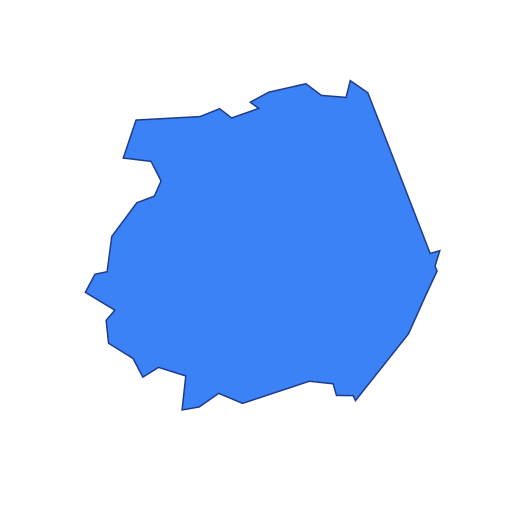 Union, Tennessee, United States of America, rotated 247°
{"feature_id": "52423323B38749584273521", "entity_name": "Union", "entity_type": "district", "adm_level": 2, "iso_a3": "USA", "parent_name": "United States of America", "parent_adm1": "Tennessee", "projection": "natural_earth1", "projection_center": [-83.834, 36.298], "detail": "fine", "context": "isolated", "style": "filled", "palette": "blue", "viewbox_px": 512, "rotation_deg": 247, "n_neighbors": 0, "source": "geoboundaries", "source_scale": "gbopen_adm2", "svg_char_len": 704}
<svg xmlns="http://www.w3.org/2000/svg" viewBox="0 0 512 512"><g transform="rotate(247 256 256)"><path d="M89.5,290.9L84.0,291.0L124.8,366.0L152.3,395.6L171.4,416.8L176.7,416.8L189.1,427.3L190.3,417.3L307.9,421.1L362.5,422.7L380.6,411.3L366.8,400.9L378.3,378.9L395.1,369.2L401.8,331.9L399.8,310.8L390.8,316.1L392.6,287.4L405.8,280.1L406.2,259.0L428.0,198.7L398.0,172.1L384.1,196.4L362.1,197.9L350.8,185.8L351.6,167.2L330.4,130.9L299.7,112.8L302.1,100.6L289.2,84.7L261.3,104.9L255.3,92.9L233.3,86.2L209.7,102.8L188.7,104.5L191.6,122.7L173.0,144.5L143.2,127.8L139.2,144.8L144.2,168.0L125.6,186.0L119.9,256.1L108.2,277.1L96.2,275.6L89.5,290.9Z" fill="#3b82f6" stroke="#1e3a8a" stroke-width="1.5"/></g></svg>